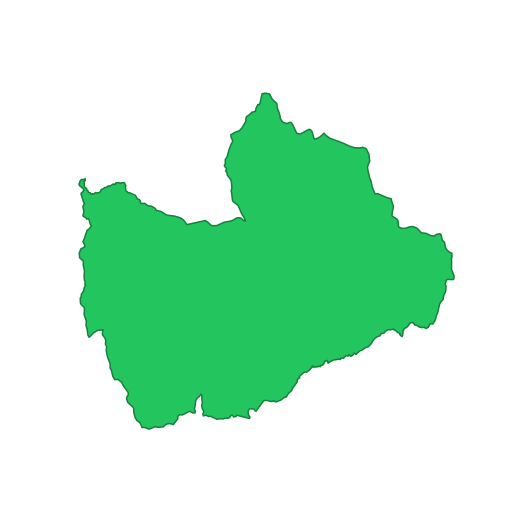 outline of Mongua, Boyacá, Colombia, rotated 160°
{"feature_id": "7082276B23995314387888", "entity_name": "Mongua", "entity_type": "district", "adm_level": 2, "iso_a3": "COL", "parent_name": "Colombia", "parent_adm1": "Boyacá", "projection": "natural_earth1", "projection_center": [-72.676, 5.698], "detail": "fine", "context": "isolated", "style": "filled", "palette": "green", "viewbox_px": 512, "rotation_deg": 160, "n_neighbors": 0, "source": "geoboundaries", "source_scale": "gbopen_adm2", "svg_char_len": 6135}
<svg xmlns="http://www.w3.org/2000/svg" viewBox="0 0 512 512"><g transform="rotate(160 256 256)"><path d="M113.1,131.6L110.0,134.0L108.4,135.9L107.1,138.1L104.7,140.6L99.8,148.1L98.4,149.4L94.9,151.3L93.2,154.6L89.9,157.8L87.6,162.9L87.8,164.8L85.7,167.9L84.9,168.4L83.8,168.4L78.9,166.4L78.4,166.4L77.7,167.3L76.6,169.8L76.9,176.6L74.0,184.0L73.5,186.2L72.2,188.0L71.0,191.6L73.3,193.9L74.6,196.7L75.0,199.3L74.2,204.7L75.6,207.2L74.8,212.6L75.1,213.5L75.8,214.1L79.1,214.6L82.0,213.8L84.8,215.5L88.6,219.2L92.2,221.0L93.1,222.0L94.6,225.8L95.7,227.6L98.6,230.1L101.9,230.9L106.5,231.0L109.4,232.1L111.5,233.8L112.0,235.0L110.8,238.9L110.6,240.3L110.9,242.5L114.2,246.6L114.4,247.4L112.8,250.9L109.9,255.4L109.8,260.6L109.4,263.5L112.7,265.8L120.1,272.8L122.7,273.6L122.9,274.3L123.2,281.1L122.3,287.1L122.4,290.9L121.5,298.2L121.0,300.6L120.2,302.4L116.7,306.2L115.1,313.1L115.7,318.8L116.5,320.0L118.7,321.7L121.1,321.9L126.4,324.1L130.7,327.4L135.4,332.1L146.5,341.6L149.2,345.6L150.1,348.1L155.0,346.1L158.8,345.5L160.8,345.7L161.3,346.9L160.8,353.8L161.6,356.0L162.3,356.6L163.2,356.9L172.0,355.6L173.4,355.8L175.1,356.9L175.8,357.9L176.6,367.0L177.5,369.6L178.5,370.0L181.7,369.9L184.4,371.9L185.5,373.9L186.1,376.6L185.3,380.8L185.3,387.9L184.3,392.3L186.5,396.5L187.4,399.3L187.6,402.8L188.2,403.9L191.3,405.7L194.7,406.4L199.9,398.4L201.1,397.1L202.3,397.7L202.6,397.6L205.7,394.5L207.1,392.1L210.8,392.5L212.1,391.7L217.5,390.0L218.4,388.8L219.5,386.2L220.4,385.3L225.5,381.1L228.8,379.4L233.5,379.4L238.2,378.5L238.8,375.5L238.5,373.5L238.7,371.5L241.0,369.8L244.7,365.5L249.1,359.3L251.9,357.1L253.5,352.8L254.7,352.1L254.6,350.1L253.7,348.3L255.4,346.2L254.8,344.3L255.3,341.8L253.6,336.3L253.8,334.1L255.4,328.0L257.0,325.9L257.6,322.3L259.0,316.8L259.0,315.2L255.8,310.0L255.5,308.9L255.0,300.2L254.0,296.1L254.0,292.7L254.3,292.6L255.5,293.6L257.2,296.8L259.3,298.0L261.4,298.3L265.9,297.5L268.5,297.6L274.4,298.6L282.4,298.0L286.1,299.2L287.7,300.2L289.8,304.4L291.6,306.7L310.1,309.1L311.7,314.3L313.3,316.9L315.8,319.2L317.1,319.9L318.2,321.0L325.9,325.0L330.2,330.5L334.0,332.9L334.5,335.2L336.3,337.6L338.2,339.3L339.3,339.4L340.3,340.1L342.6,343.6L345.5,344.5L346.5,345.3L345.9,346.6L346.0,347.7L346.4,349.0L348.0,350.5L348.6,354.3L353.3,358.8L354.7,359.4L354.9,360.3L355.9,361.1L355.4,364.9L354.3,366.6L354.6,369.9L357.5,370.9L358.5,370.6L359.8,371.9L362.8,372.6L363.4,371.6L363.9,372.0L364.6,371.7L365.7,372.5L369.5,371.5L370.2,372.2L371.0,372.0L371.8,372.4L373.1,371.6L374.9,372.1L376.3,371.5L378.8,371.3L379.8,370.1L381.5,369.1L384.3,369.8L385.1,370.5L387.3,369.6L388.2,370.4L389.7,370.6L390.1,371.1L390.1,372.0L391.4,372.9L391.7,373.7L391.6,374.7L392.3,376.0L392.1,377.4L393.4,379.1L393.4,381.1L392.4,383.2L392.2,384.7L391.9,385.1L390.9,385.0L390.4,385.9L390.3,387.1L391.2,386.7L394.0,387.6L395.9,386.5L396.9,384.7L397.8,384.2L397.8,382.6L395.3,378.2L395.1,377.0L397.1,375.5L399.0,374.7L399.3,373.4L399.2,371.5L399.5,370.2L399.4,367.8L399.7,366.2L399.2,364.2L401.8,361.7L402.4,356.6L404.9,353.1L404.5,352.0L403.0,350.5L402.3,348.4L400.9,348.6L400.4,348.2L400.9,342.5L400.4,340.5L403.1,338.8L406.1,337.8L407.0,336.3L408.0,335.5L411.7,330.6L413.6,328.8L413.7,328.0L413.2,325.1L413.6,323.8L414.9,322.9L417.9,322.7L421.1,319.3L422.3,314.7L420.8,311.6L420.2,311.2L420.0,310.7L421.7,305.5L421.8,303.3L422.4,300.4L424.5,295.8L425.5,292.2L425.4,290.6L426.0,288.4L426.6,287.7L426.3,286.5L428.3,285.0L429.9,282.2L433.3,279.7L434.0,277.8L435.7,276.3L437.1,271.8L436.9,270.1L435.3,267.2L435.1,265.5L437.5,259.9L437.7,253.0L439.6,248.4L439.7,245.2L441.0,239.4L440.8,237.0L440.2,236.8L434.9,239.3L430.7,240.2L429.1,240.2L426.7,239.2L425.1,238.9L427.1,235.4L427.1,234.1L426.0,230.2L426.0,228.9L426.3,227.4L427.6,224.8L427.4,221.5L428.9,219.0L429.8,213.9L430.1,210.8L429.9,205.6L430.2,203.9L431.4,200.7L431.0,198.3L431.7,191.7L431.0,188.1L428.4,187.4L427.6,186.7L425.4,183.2L425.0,179.0L423.1,172.7L422.9,171.2L423.3,169.6L425.7,167.4L426.5,166.1L426.5,162.1L423.2,155.7L423.2,154.4L424.4,150.5L424.8,145.5L424.2,142.0L422.3,139.5L421.9,137.9L421.7,133.7L419.1,132.9L416.6,130.5L415.3,129.8L409.3,130.1L405.7,128.1L401.3,127.2L398.7,128.4L397.0,128.6L394.0,127.9L391.4,125.8L385.2,129.8L384.0,132.4L381.8,132.9L379.6,131.8L371.4,132.8L369.3,130.3L367.1,129.4L366.1,130.6L366.2,132.6L365.9,133.9L363.4,137.8L362.3,140.5L359.8,142.6L357.7,143.2L355.1,144.8L354.4,143.4L355.4,141.7L356.7,136.4L358.3,133.8L358.6,131.7L358.3,127.9L358.5,127.2L359.9,125.8L360.2,123.9L357.4,123.3L355.2,121.3L353.0,120.8L352.4,119.7L348.5,115.9L345.6,115.4L342.3,114.0L340.4,114.2L337.7,113.1L336.2,113.2L334.0,114.6L332.9,114.6L331.9,112.4L329.8,112.0L328.5,112.9L317.8,105.6L316.8,106.5L317.3,109.3L316.9,111.8L316.3,113.0L314.6,114.5L313.1,114.3L310.2,112.9L309.8,110.9L309.1,110.1L298.2,117.5L295.0,116.5L291.7,114.1L289.2,113.8L287.4,112.2L285.9,112.0L281.5,112.2L277.6,113.4L275.8,113.2L272.1,116.0L268.5,117.3L267.2,118.9L260.6,123.4L259.4,125.8L256.7,126.5L256.9,127.3L256.3,128.0L251.1,130.1L249.6,130.2L248.2,129.6L244.7,130.5L241.4,132.4L240.9,133.3L239.9,132.8L240.1,132.0L238.6,131.4L237.4,131.5L236.9,131.0L236.4,131.3L235.9,130.7L234.5,130.9L233.6,130.1L233.1,130.2L232.7,131.0L230.3,130.8L229.8,131.5L229.0,131.5L228.1,133.1L227.0,133.1L226.8,133.6L226.3,133.7L225.9,133.3L224.9,133.5L224.6,132.1L225.0,131.0L224.5,130.7L222.4,131.3L218.1,131.8L216.5,131.2L214.4,131.0L212.2,130.0L211.8,130.2L211.5,131.0L208.5,130.0L207.7,130.9L206.6,130.9L205.6,131.7L203.6,130.5L202.4,131.5L202.0,131.4L201.7,129.8L201.0,129.3L198.9,129.7L197.0,131.1L196.0,129.6L195.5,129.4L190.9,131.3L188.1,131.4L184.0,132.5L181.7,132.2L177.5,134.3L175.5,136.1L172.6,137.9L169.9,138.6L167.1,138.6L164.9,140.2L162.0,139.8L160.5,140.8L157.4,141.5L156.3,141.4L155.1,140.6L151.8,140.4L151.7,139.5L150.5,138.5L148.9,135.5L147.6,134.4L147.4,133.8L147.8,132.9L146.9,131.1L146.1,130.4L145.2,131.5L143.5,135.1L141.5,137.0L138.6,137.5L135.9,138.9L135.2,139.8L133.2,140.4L131.0,139.4L130.4,136.8L129.0,136.1L126.6,133.2L124.7,132.0L122.4,131.5L121.0,129.7L118.5,130.1L116.1,132.4L114.3,132.5L113.1,131.6Z" fill="#22c55e" stroke="#15803d" stroke-width="1.5"/></g></svg>